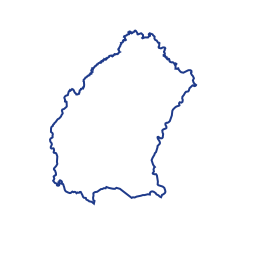 outline of Arévalo, Cerro Largo, Uruguay, rotated 38°
{"feature_id": "84410073B27325052760321", "entity_name": "Arévalo", "entity_type": "district", "adm_level": 2, "iso_a3": "URY", "parent_name": "Uruguay", "parent_adm1": "Cerro Largo", "projection": "albers", "projection_center": [-55.198, -32.737], "detail": "fine", "context": "isolated", "style": "outline", "palette": "blue", "viewbox_px": 256, "rotation_deg": 38, "n_neighbors": 0, "source": "geoboundaries", "source_scale": "gbopen_adm2", "svg_char_len": 5685}
<svg xmlns="http://www.w3.org/2000/svg" viewBox="0 0 256 256"><g transform="rotate(38 128 128)"><path d="M143.9,46.1L143.6,45.7L143.7,44.9L143.6,44.7L143.1,44.6L142.6,43.9L141.5,44.1L140.3,45.0L139.8,45.7L137.6,50.3L135.6,51.3L134.3,51.3L131.4,50.6L131.0,50.0L130.7,50.0L130.2,51.3L129.3,51.5L128.9,52.0L127.3,49.9L125.6,49.2L125.6,48.9L125.8,48.5L126.8,48.2L126.8,47.9L126.7,47.7L125.6,47.8L125.0,48.6L122.8,48.6L121.9,49.5L120.2,50.0L119.6,49.8L119.1,49.1L117.8,48.3L117.3,48.5L117.2,49.5L116.9,49.6L115.6,49.4L115.3,48.6L114.9,48.4L114.0,49.1L113.7,49.1L112.8,48.2L112.3,48.3L112.1,49.0L111.7,49.2L111.1,48.5L111.6,47.6L111.5,47.1L111.0,46.4L109.9,46.2L109.3,45.6L109.2,44.4L108.8,44.0L108.3,42.2L108.0,42.1L107.4,42.0L106.0,42.9L104.9,45.0L103.1,45.8L102.7,45.7L102.2,45.3L102.1,44.2L101.3,43.2L100.5,41.7L100.0,41.7L99.5,42.2L99.1,42.2L96.6,41.4L95.5,41.8L94.8,41.7L93.6,41.1L92.7,39.6L90.7,39.5L89.6,39.1L86.8,40.0L86.6,41.1L86.8,41.5L87.3,41.7L88.3,41.5L88.6,41.8L88.0,43.1L88.0,44.4L85.5,46.2L84.3,48.3L83.7,48.3L83.8,47.0L82.6,45.5L80.2,45.2L79.9,45.4L78.4,47.9L77.9,48.3L77.5,48.1L77.3,47.6L74.6,46.7L73.9,46.7L73.4,47.3L73.6,48.0L73.5,48.9L72.8,50.0L72.1,50.3L72.1,50.5L72.7,50.9L72.5,51.3L71.8,51.5L70.4,50.7L70.0,50.8L69.6,51.3L69.6,51.7L70.2,52.1L69.7,52.5L70.7,53.0L71.0,53.5L69.9,54.8L69.9,55.8L68.5,58.1L68.7,58.7L69.4,58.5L69.8,58.6L70.5,59.3L72.1,59.9L72.0,60.4L71.3,60.6L70.3,61.4L70.3,62.2L71.0,62.5L71.0,63.8L70.1,65.3L70.9,65.8L71.0,67.4L71.4,67.9L71.7,70.2L72.1,71.3L71.8,71.4L71.8,71.8L72.1,72.2L72.9,72.4L74.0,72.9L74.3,73.4L74.7,73.3L74.3,74.3L74.5,75.5L74.1,75.9L74.0,76.5L73.3,76.9L72.9,77.5L72.2,77.8L72.3,78.3L71.9,78.4L71.9,80.3L71.6,81.1L70.8,80.8L70.5,81.4L70.1,81.3L69.3,82.2L68.9,83.0L69.3,83.7L68.9,84.6L68.5,86.7L68.6,87.1L68.6,87.6L68.3,88.0L67.6,88.2L67.5,87.9L67.3,88.5L66.8,88.5L67.1,89.4L67.1,90.1L66.7,90.2L66.9,90.6L66.4,90.7L65.8,91.7L65.9,92.3L66.6,92.5L66.6,93.0L66.2,93.6L65.5,93.6L65.3,94.4L64.8,95.1L64.9,96.7L64.3,97.1L64.5,98.6L64.1,99.1L63.9,100.0L64.1,100.6L63.8,101.6L64.0,102.0L63.4,102.6L63.8,102.7L64.0,103.0L63.3,102.9L63.2,103.1L63.4,103.6L63.3,104.0L63.7,105.2L64.1,105.0L64.4,105.6L65.5,105.7L65.2,106.7L65.8,107.7L65.6,108.0L65.0,107.5L64.7,108.0L64.9,108.5L64.7,109.4L65.2,110.2L64.4,111.0L64.5,111.4L64.0,112.3L64.1,113.5L63.4,114.4L63.6,115.5L63.4,117.4L63.8,117.8L64.1,118.5L64.6,118.5L66.9,121.0L67.7,122.3L67.6,122.7L67.9,122.9L68.2,124.2L67.6,124.1L67.5,125.4L67.4,125.9L66.9,126.2L67.2,126.8L66.8,128.1L67.6,129.4L67.6,129.8L68.0,130.1L68.0,130.9L68.3,131.2L67.8,131.8L67.7,132.5L66.6,133.4L65.7,132.9L64.3,132.9L61.8,131.6L60.6,131.5L60.3,132.1L59.9,132.0L59.6,134.4L59.3,134.7L58.9,134.4L58.9,135.0L58.9,135.8L60.3,139.2L59.3,140.5L58.9,142.0L59.0,142.7L59.2,143.4L61.0,144.5L62.0,145.9L62.4,145.9L63.0,145.2L63.5,145.2L66.4,148.6L66.5,149.2L65.9,152.3L64.9,153.9L65.0,154.5L65.3,155.1L67.4,156.5L67.6,157.0L67.7,158.8L68.1,160.2L67.9,162.8L67.2,164.4L67.2,165.1L67.3,168.2L67.0,169.3L67.2,170.6L67.0,171.1L67.0,171.7L67.5,172.6L67.1,173.6L67.1,174.6L67.8,176.0L69.7,178.5L71.8,178.6L72.6,179.2L73.4,180.8L74.2,181.5L74.3,182.0L73.5,183.9L73.7,185.1L75.0,186.4L76.0,186.8L76.9,186.9L77.8,187.5L78.2,188.0L78.8,190.5L79.4,191.2L80.3,191.3L81.8,189.9L82.4,190.1L83.5,191.1L84.3,192.9L85.1,193.1L86.3,192.2L86.8,192.2L87.8,192.6L89.8,193.9L92.9,198.5L94.4,199.8L94.8,202.1L94.6,205.4L94.9,206.0L95.3,206.3L96.8,206.5L97.7,207.1L98.9,207.9L100.0,209.1L100.1,209.5L99.6,210.4L99.7,210.8L99.3,211.5L99.3,212.0L101.1,213.3L101.5,214.5L101.4,215.5L101.8,215.8L104.3,216.3L106.2,215.7L106.7,215.8L107.2,216.8L107.8,216.9L108.6,216.4L109.0,215.6L108.5,214.9L108.5,213.7L108.1,213.5L107.1,213.8L106.7,213.6L107.2,212.9L106.5,212.1L106.5,211.6L106.6,211.1L107.1,210.9L108.3,210.8L109.4,211.3L109.6,212.5L109.4,212.9L109.7,212.9L111.4,212.2L112.3,212.7L112.7,213.1L113.8,213.7L116.2,215.6L117.4,216.1L118.2,216.2L120.6,215.7L122.2,215.1L122.8,214.5L123.3,212.4L124.6,212.1L125.0,211.4L125.7,210.9L127.0,210.9L127.6,211.1L127.8,210.6L127.8,210.0L129.0,209.4L129.3,209.1L129.4,208.1L130.1,207.5L133.7,209.1L134.8,209.9L136.2,210.1L137.8,209.1L139.1,210.0L140.7,209.8L141.4,209.5L142.5,209.7L144.9,208.5L147.7,208.6L146.5,206.1L145.4,206.3L144.3,205.4L143.3,204.3L142.5,202.6L141.0,200.9L140.9,200.3L141.5,198.8L143.0,197.2L144.3,192.8L145.3,191.9L146.1,190.2L147.5,189.3L147.3,187.8L150.0,186.9L153.6,185.1L155.2,183.9L155.7,182.3L159.1,180.9L173.9,180.8L174.5,179.6L176.1,178.6L177.0,176.8L179.9,173.4L181.0,171.7L182.4,170.6L184.4,168.0L186.2,167.0L185.3,165.7L185.2,164.6L185.5,163.7L186.3,162.9L187.5,162.4L190.0,162.3L191.2,162.8L193.4,162.3L195.1,162.5L196.7,162.2L196.0,159.7L196.7,158.4L197.1,156.5L196.8,155.3L195.5,154.1L193.4,152.8L191.4,152.8L187.1,154.4L186.1,154.2L184.5,151.8L180.0,147.6L178.5,147.1L177.4,148.1L175.9,148.7L175.3,148.4L175.2,146.3L173.6,144.9L173.0,143.1L173.2,142.2L171.6,141.9L170.1,141.3L166.4,138.8L165.7,136.2L165.3,132.9L164.7,131.4L164.9,129.7L163.1,125.0L162.4,124.1L162.7,120.7L162.0,119.7L160.9,119.0L158.2,118.1L157.2,117.4L156.9,116.8L157.3,116.3L159.6,116.2L160.5,115.8L161.1,115.1L161.2,114.1L159.4,111.1L158.0,110.3L156.5,108.8L156.7,107.3L158.1,105.1L158.2,104.2L157.3,103.2L156.0,102.7L155.2,102.1L154.7,101.3L155.2,100.1L156.0,99.5L156.5,98.2L156.7,96.8L154.8,91.1L152.4,87.2L152.1,85.8L152.4,83.1L152.9,81.3L154.4,79.1L154.6,78.5L153.0,77.1L152.9,75.9L154.5,75.1L154.8,73.8L153.9,72.2L152.5,71.3L151.6,69.8L151.7,67.9L151.3,65.1L151.4,63.8L152.9,62.1L152.9,61.1L152.0,58.8L152.6,54.7L153.0,54.3L154.4,54.2L155.0,53.6L155.3,52.6L155.2,52.2L153.2,52.2L151.7,51.8L149.8,50.5L149.3,48.2L147.1,47.1L145.7,46.9L143.9,46.1Z" fill="none" stroke="#1e3a8a" stroke-width="2"/></g></svg>